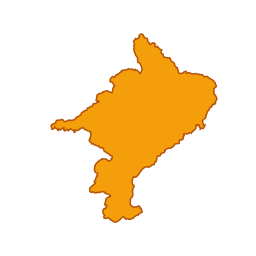 Mongmit, Shan, Myanmar (Natural Earth projection), rotated 201°
{"feature_id": "60261553B47927244306480", "entity_name": "Mongmit", "entity_type": "district", "adm_level": 2, "iso_a3": "MMR", "parent_name": "Myanmar", "parent_adm1": "Shan", "projection": "natural_earth1", "projection_center": [96.697, 23.526], "detail": "fine", "context": "isolated", "style": "filled", "palette": "amber", "viewbox_px": 256, "rotation_deg": 201, "n_neighbors": 0, "source": "geoboundaries", "source_scale": "gbopen_adm2", "svg_char_len": 5868}
<svg xmlns="http://www.w3.org/2000/svg" viewBox="0 0 256 256"><g transform="rotate(201 128 128)"><path d="M118.4,35.6L116.5,35.4L115.9,36.1L113.7,37.2L111.9,36.3L107.6,35.3L105.3,35.9L102.7,39.4L102.1,41.1L100.5,43.7L99.2,43.3L98.4,42.3L97.3,42.2L97.0,42.7L95.7,43.1L95.0,42.9L92.8,43.8L91.1,45.4L91.0,46.0L90.7,46.0L90.0,47.8L89.3,48.7L88.2,50.0L87.5,50.2L86.5,52.4L84.7,54.5L84.7,55.0L85.6,55.8L87.0,57.7L88.0,57.7L89.0,58.7L89.9,59.2L91.5,57.6L94.3,56.1L96.0,56.3L99.0,57.7L99.2,59.8L100.2,62.0L100.3,63.0L99.2,65.7L99.8,67.8L101.6,71.9L101.7,72.8L101.3,75.1L101.4,75.8L102.1,76.6L103.1,76.6L103.6,77.1L105.1,79.7L105.5,84.2L105.1,84.7L103.8,84.6L103.1,84.9L102.4,86.0L101.9,87.2L99.9,94.8L99.0,96.3L96.7,98.7L94.6,98.7L92.9,101.0L92.5,102.0L90.5,103.2L90.7,105.4L90.4,106.4L89.8,106.6L89.8,106.9L90.0,109.3L90.4,110.7L90.4,112.1L88.2,113.4L88.0,114.1L88.2,115.6L86.4,117.4L85.4,118.0L85.3,118.4L85.5,119.0L85.0,120.0L85.4,120.4L84.7,122.2L82.1,124.1L80.6,124.6L80.4,125.7L79.4,126.3L79.1,126.9L78.4,129.9L74.8,132.0L75.7,135.2L73.1,136.4L72.7,138.0L73.3,139.6L73.2,140.6L72.8,140.8L73.0,141.4L74.0,142.3L72.1,143.5L70.8,143.5L70.4,143.7L68.8,145.2L68.3,146.0L67.4,146.4L67.0,146.1L66.9,147.0L66.2,147.9L65.7,149.4L64.7,151.1L64.6,152.4L64.9,153.6L65.5,154.3L65.4,155.3L64.3,155.6L63.9,155.3L63.5,156.4L63.1,156.4L62.1,155.9L61.9,154.6L60.4,153.8L60.1,152.8L59.2,154.1L58.6,154.4L57.7,154.4L57.1,156.8L57.3,158.5L58.6,157.8L59.1,158.8L60.1,159.7L61.1,161.3L60.2,163.6L59.2,165.0L59.4,167.6L59.9,168.4L59.4,169.5L59.9,171.4L59.6,172.4L58.9,173.3L59.0,174.7L58.4,177.2L57.6,177.4L57.7,179.3L57.1,179.8L56.8,181.1L56.3,180.8L55.4,181.6L55.3,183.0L55.7,183.1L55.9,184.4L55.5,185.2L55.5,186.8L55.5,187.2L57.7,189.5L59.4,190.4L60.6,191.7L60.9,193.4L61.8,195.1L61.8,195.7L60.5,198.2L60.4,198.6L60.9,199.3L62.4,200.6L62.8,201.4L65.8,203.0L70.4,203.8L72.3,204.5L72.9,204.4L75.0,203.2L77.9,204.4L79.0,204.1L79.8,203.5L81.1,203.7L83.4,202.9L84.6,203.0L87.3,201.4L90.3,201.6L91.4,201.2L92.5,200.1L93.1,200.4L94.0,201.7L94.4,201.7L96.2,199.9L96.6,198.7L99.9,197.2L100.9,198.1L101.4,199.3L103.2,201.1L103.5,202.0L104.8,202.0L106.5,202.8L107.4,204.4L108.9,205.5L112.0,206.0L113.3,208.0L114.4,208.4L115.4,207.9L117.3,207.7L117.6,207.3L120.1,207.1L121.2,208.4L121.7,209.5L123.1,209.4L124.3,210.8L124.6,213.2L125.9,212.9L127.4,213.4L128.3,214.1L129.3,214.1L130.0,214.7L130.5,213.8L131.7,213.6L132.5,214.1L132.7,215.7L132.5,216.0L133.7,216.7L135.2,216.5L135.3,216.0L135.9,215.3L136.3,215.4L136.6,214.4L137.5,213.7L139.0,215.4L140.7,215.9L141.4,217.5L142.2,218.5L144.9,218.0L146.7,220.0L148.2,220.7L150.1,220.1L150.2,219.1L150.7,218.6L150.8,217.9L150.0,217.1L150.0,216.5L150.3,215.9L151.0,215.6L151.7,214.0L153.1,214.1L153.2,212.9L153.9,211.3L153.8,210.9L151.8,208.2L151.6,207.4L152.0,206.7L151.9,206.4L151.3,205.8L150.9,204.7L151.0,204.0L149.5,201.5L148.5,200.9L148.2,200.0L146.7,198.6L144.3,197.0L142.5,192.9L142.2,192.7L140.7,193.0L140.4,192.8L138.3,191.0L136.1,188.4L135.8,186.5L136.0,183.3L136.3,183.1L136.8,183.6L140.2,185.2L140.7,184.8L141.4,185.0L141.7,184.6L142.4,185.2L142.7,184.4L143.7,184.1L145.2,184.6L146.8,183.4L147.7,183.7L148.3,183.3L149.0,183.4L150.3,181.7L152.6,180.7L154.5,179.3L154.0,178.5L154.9,177.9L155.9,175.7L157.4,173.6L158.2,173.5L158.5,172.2L158.6,171.0L158.9,170.4L160.7,170.6L161.2,170.1L161.9,168.0L162.0,166.2L161.7,165.5L160.8,164.7L159.3,165.1L158.1,164.5L157.3,163.6L155.5,162.5L156.1,161.5L156.4,159.9L155.8,157.5L155.7,155.3L158.5,154.8L160.2,155.5L161.8,154.7L164.5,152.6L164.4,151.4L167.2,149.9L167.8,148.8L168.5,148.1L168.7,147.6L167.6,142.3L165.0,142.5L164.5,141.7L166.4,140.7L166.9,139.3L169.1,138.1L169.2,137.3L168.9,136.1L171.0,134.1L171.7,132.7L172.6,132.5L173.2,130.8L173.1,129.7L175.1,128.3L175.4,127.1L176.5,126.2L176.9,125.5L176.7,124.4L176.9,123.6L178.4,121.0L180.2,119.4L180.3,118.0L182.0,115.5L183.2,115.3L184.1,114.4L184.8,114.1L185.8,114.5L187.4,112.7L189.0,111.5L189.9,111.3L192.0,112.4L193.1,112.1L193.9,111.3L197.3,109.6L197.6,108.1L197.3,106.9L198.6,105.4L199.4,105.2L200.7,102.9L199.0,100.0L198.3,99.6L198.0,99.7L197.2,100.6L196.6,101.8L196.6,102.7L196.0,102.2L194.4,101.8L192.3,100.7L192.0,101.3L192.1,102.3L191.2,101.9L190.2,102.2L189.3,103.8L187.9,105.3L187.5,104.6L187.5,103.5L186.2,102.6L185.6,102.8L185.2,104.0L184.4,105.0L183.2,104.0L182.5,104.3L181.2,106.8L180.5,106.5L178.0,106.0L177.1,105.0L176.2,104.7L176.0,105.5L177.2,106.4L176.6,107.5L174.9,107.2L174.1,107.6L173.3,108.8L173.0,108.8L172.8,109.7L172.3,110.0L172.0,111.0L171.0,111.3L170.2,112.1L169.7,112.3L168.9,111.5L168.1,111.2L164.6,111.0L163.6,111.3L163.1,111.2L162.4,110.6L161.2,110.7L160.7,109.2L160.0,107.9L159.7,106.0L159.9,104.5L159.5,104.0L159.9,103.1L159.7,102.2L156.9,100.9L156.3,100.1L154.7,100.8L153.2,100.1L152.4,100.4L149.8,100.3L149.5,100.6L148.4,100.6L148.1,100.0L147.4,99.9L146.9,99.5L146.2,99.6L145.5,100.5L144.5,100.2L144.1,100.3L143.4,100.1L143.3,99.2L142.6,98.7L142.1,98.0L141.4,97.6L140.5,97.9L139.2,97.1L137.4,97.2L135.1,96.1L132.9,96.2L132.2,95.2L132.6,93.6L131.9,92.9L133.8,90.3L134.8,90.1L135.9,90.8L137.5,91.2L139.4,90.3L141.3,90.0L141.8,88.5L143.1,87.5L143.5,86.4L144.1,85.7L145.2,82.6L145.4,80.9L144.3,76.8L143.3,75.4L141.9,74.8L140.1,74.8L139.9,74.0L139.7,73.9L140.1,72.9L140.0,72.3L139.4,71.8L140.1,70.8L139.8,67.9L140.4,66.7L140.1,65.6L139.7,65.0L138.8,65.0L139.9,62.1L140.7,61.5L142.1,58.0L141.1,55.5L140.5,55.0L139.7,54.7L138.7,55.0L138.4,55.5L137.6,55.8L136.4,55.8L136.1,55.4L134.3,56.5L133.5,56.4L132.3,57.8L131.4,57.6L129.4,59.4L126.3,59.7L125.8,58.8L122.8,59.1L120.0,58.6L119.8,57.6L121.0,57.1L123.0,54.3L123.0,53.0L122.9,52.4L122.5,51.8L122.7,51.1L122.4,50.4L122.6,49.1L122.5,48.7L122.1,48.7L121.8,47.8L120.4,48.3L119.8,47.7L120.1,46.1L119.9,45.8L120.2,45.3L120.1,44.8L121.1,44.5L122.0,43.0L121.8,41.7L121.0,40.0L119.7,38.7L118.5,38.2L118.8,36.6L118.4,35.6Z" fill="#f59e0b" stroke="#b45309" stroke-width="1.5"/></g></svg>